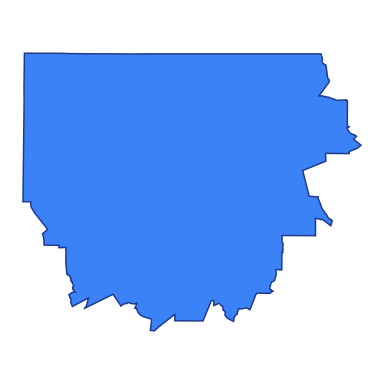 Ascensión, Chihuahua, Mexico (Albers equal-area conic projection)
{"feature_id": "50627088B24578642235400", "entity_name": "Ascensión", "entity_type": "district", "adm_level": 2, "iso_a3": "MEX", "parent_name": "Mexico", "parent_adm1": "Chihuahua", "projection": "albers", "projection_center": [-107.265, 31.252], "detail": "fine", "context": "isolated", "style": "filled", "palette": "blue", "viewbox_px": 384, "rotation_deg": 0, "n_neighbors": 0, "source": "geoboundaries", "source_scale": "gbopen_adm2", "svg_char_len": 5759}
<svg xmlns="http://www.w3.org/2000/svg" viewBox="0 0 384 384"><path d="M320.9,53.9L178.4,53.9L145.5,53.9L131.5,54.0L110.5,53.8L91.4,53.8L81.4,53.7L70.2,53.6L61.1,53.3L39.8,53.3L24.4,53.2L24.0,88.5L24.1,103.1L23.3,170.4L23.0,201.8L30.7,201.8L31.0,206.8L34.5,212.7L46.3,227.7L47.5,229.6L42.5,233.7L43.0,235.1L43.8,238.7L44.1,245.1L59.0,245.4L58.9,247.7L66.0,247.5L65.8,262.3L66.8,274.0L67.2,274.3L67.6,274.4L67.8,274.3L67.9,274.6L67.8,275.0L68.3,275.2L68.5,275.1L69.0,275.3L69.5,275.5L70.0,275.9L70.2,276.2L70.1,276.4L70.2,276.5L70.1,276.8L70.4,277.2L70.3,277.5L70.2,277.7L70.4,277.9L70.4,278.1L71.1,278.6L70.8,280.7L70.9,280.9L71.0,281.2L71.3,281.5L71.5,281.7L71.8,281.7L72.0,281.8L72.3,282.2L72.4,282.4L72.3,283.2L72.4,283.3L72.5,283.5L73.1,284.3L73.3,285.1L73.6,285.4L73.5,286.1L73.0,286.7L72.7,286.9L72.8,287.1L72.6,287.8L72.8,289.0L72.9,289.3L74.3,291.2L74.9,291.7L75.1,291.9L74.7,291.8L74.4,291.9L73.9,292.2L73.0,292.3L72.6,292.2L72.3,292.4L71.7,292.8L71.1,293.1L71.0,293.4L70.0,293.9L69.7,294.2L69.3,294.3L69.0,294.7L68.9,295.0L69.2,295.4L69.4,295.9L69.4,296.3L69.6,296.7L70.2,298.4L70.8,299.0L71.1,299.6L71.0,300.1L71.1,300.3L70.9,300.8L70.8,301.1L70.8,302.6L71.2,303.6L71.4,303.8L71.6,304.7L71.9,305.3L72.4,306.5L88.4,298.0L86.4,306.0L86.0,306.6L84.9,307.6L84.7,307.8L84.7,308.0L84.6,308.3L113.1,294.3L121.0,306.1L121.7,305.6L121.8,305.2L122.0,305.1L122.4,304.7L123.3,304.4L123.9,304.0L124.1,304.0L124.3,303.9L124.6,303.6L124.9,303.7L125.1,303.5L125.5,303.6L126.2,303.5L126.8,303.5L127.0,303.5L127.4,302.9L127.9,302.7L128.1,302.5L129.3,302.7L129.8,303.0L130.1,303.2L130.4,303.4L130.9,303.4L131.6,303.6L132.2,303.5L132.9,303.6L133.0,303.6L133.8,303.9L134.5,304.0L134.8,303.9L135.7,303.5L136.0,303.5L136.3,303.3L136.6,303.2L136.9,303.2L134.9,308.3L136.4,308.3L136.4,308.7L136.5,308.9L136.6,309.2L137.1,309.9L137.4,311.0L137.8,311.6L137.9,312.2L138.0,312.5L139.3,313.8L139.9,314.6L140.4,314.9L140.6,315.1L142.4,316.2L143.2,316.6L151.6,319.2L151.3,322.9L150.3,330.4L154.5,330.8L158.6,327.0L174.6,314.4L174.8,314.4L174.8,320.8L203.0,320.9L211.3,300.7L213.9,300.6L213.8,305.6L219.0,303.3L219.3,303.6L219.9,303.9L220.1,304.1L220.2,304.5L220.8,305.2L221.5,305.7L222.0,305.9L222.1,306.2L222.5,306.6L223.0,306.9L222.9,307.5L223.0,308.1L222.8,308.9L222.9,309.5L223.0,309.8L223.2,310.2L223.6,310.5L224.1,310.8L224.7,311.3L224.9,311.6L225.4,312.6L225.2,313.2L225.0,313.6L225.1,314.4L225.0,314.9L225.0,315.3L225.2,315.5L225.4,315.7L225.8,316.1L226.0,316.3L226.3,317.0L226.9,317.5L227.3,318.1L227.8,318.3L228.6,319.0L233.5,321.4L233.7,320.7L233.9,320.5L233.9,320.2L233.9,319.7L233.7,319.2L233.9,318.9L233.9,318.3L233.8,317.9L234.1,317.5L234.5,317.3L234.7,317.0L234.8,316.5L235.0,316.2L235.2,315.9L235.4,315.5L235.7,315.3L235.8,315.1L236.5,314.7L237.1,314.1L237.2,313.9L237.2,313.6L237.4,313.5L237.4,313.1L237.4,312.9L237.3,312.3L237.3,311.9L237.7,311.4L237.7,310.8L237.8,310.7L237.8,310.3L238.2,310.0L238.3,309.4L238.6,309.0L239.0,308.7L238.9,308.9L239.1,309.0L239.7,308.6L239.9,308.8L240.5,308.9L241.0,308.9L242.6,308.7L243.6,308.4L244.2,308.3L245.1,308.0L245.9,307.9L246.4,307.9L248.5,308.9L248.7,309.1L248.9,309.1L249.6,309.6L249.9,309.8L250.3,309.0L255.8,294.6L257.1,293.1L270.0,293.4L270.7,292.9L271.3,292.0L272.2,291.5L273.0,291.3L272.9,291.2L272.6,291.2L272.4,290.7L271.9,290.6L271.6,290.5L271.1,289.7L270.5,289.5L270.4,289.3L269.8,288.8L269.7,288.5L269.7,287.5L269.9,286.8L270.3,286.1L270.5,286.0L270.6,284.9L270.6,284.3L270.7,284.0L270.9,283.8L271.3,282.6L271.7,282.0L272.0,281.8L272.5,281.7L272.8,281.5L273.1,281.3L273.7,281.1L273.9,281.0L274.4,280.8L274.5,280.2L274.9,279.4L275.0,278.9L275.1,278.4L275.4,277.5L275.3,277.3L275.6,276.5L275.8,276.1L276.1,275.3L276.2,272.6L275.9,270.4L275.7,269.6L281.8,269.9L281.8,263.3L282.0,252.3L282.9,252.3L282.8,251.9L282.7,251.4L282.5,251.1L282.7,250.6L282.6,250.4L282.7,250.1L282.9,249.8L283.0,249.3L282.9,247.3L282.8,246.2L282.9,245.8L283.0,245.6L282.9,245.2L283.0,244.5L283.0,244.3L283.0,244.0L283.1,243.7L282.6,242.8L282.0,242.6L282.1,235.5L315.5,235.7L315.5,218.3L323.1,219.9L330.7,225.7L330.9,225.1L331.3,224.6L331.2,224.4L331.5,223.4L331.8,222.1L332.0,221.7L332.2,221.2L332.1,220.9L331.8,220.6L331.7,220.2L331.7,219.9L330.6,219.4L330.2,219.1L329.4,218.6L329.2,218.5L328.9,218.3L328.6,218.3L328.3,217.8L327.9,217.3L327.5,216.5L327.1,215.9L326.1,214.0L325.3,213.3L324.6,212.6L324.4,212.3L324.3,211.7L323.9,210.8L323.1,209.9L322.7,209.8L322.5,209.4L322.3,209.1L322.2,208.6L321.6,207.6L321.5,207.1L321.0,206.0L321.0,205.7L320.6,204.6L320.5,203.9L320.2,203.3L319.7,202.4L319.7,202.2L319.3,201.4L318.9,200.1L318.6,199.7L318.4,199.2L318.2,198.2L318.1,197.5L318.2,196.9L309.2,196.2L305.5,181.6L302.7,170.5L305.0,169.6L325.9,161.1L325.5,153.4L349.2,153.6L349.3,151.5L356.8,148.5L357.3,148.2L361.0,145.2L353.7,139.4L356.5,136.3L355.7,135.7L355.3,135.3L355.0,135.1L354.7,135.0L354.5,134.9L354.3,134.9L353.6,134.5L353.4,134.5L352.9,134.4L351.9,134.0L351.4,133.7L350.6,133.3L350.3,133.3L349.9,133.2L349.6,133.0L349.6,132.7L349.2,131.7L347.7,129.7L347.3,128.7L347.1,127.7L347.4,127.7L347.5,127.6L348.1,127.6L348.2,127.4L348.4,127.0L348.9,126.9L349.2,126.8L349.2,126.5L347.3,126.5L347.4,100.7L346.2,100.7L346.2,99.9L336.1,100.3L334.9,99.5L334.4,99.3L334.1,99.1L333.9,99.1L333.4,98.9L332.7,98.7L331.7,98.4L331.0,98.3L330.1,97.8L328.4,97.1L328.1,97.2L327.6,97.2L327.1,97.0L326.7,96.9L325.5,96.5L325.1,96.7L324.4,96.7L324.2,96.6L323.8,96.3L323.2,96.1L323.0,95.9L322.8,95.8L321.7,96.1L320.7,95.8L320.2,95.9L319.4,96.0L318.9,95.9L329.0,82.3L329.2,81.0L329.1,80.0L328.7,79.2L328.2,79.1L327.9,78.8L327.2,74.8L326.4,68.3L325.8,64.9L325.7,64.8L324.8,64.5L324.2,64.2L323.1,63.6L322.0,61.2L322.5,59.3L322.2,58.3L322.3,57.6L321.8,56.8L321.6,56.2L321.3,54.8L321.1,54.1L320.9,53.9Z" fill="#3b82f6" stroke="#1e3a8a" stroke-width="1.5"/></svg>